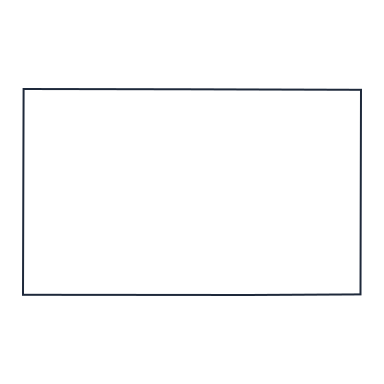 outline of Kingsbury, South Dakota, United States of America
{"feature_id": "52423323B28637641674469", "entity_name": "Kingsbury", "entity_type": "district", "adm_level": 2, "iso_a3": "USA", "parent_name": "United States of America", "parent_adm1": "South Dakota", "projection": "natural_earth1", "projection_center": [-97.566, 44.37], "detail": "fine", "context": "isolated", "style": "outline", "palette": "slate", "viewbox_px": 384, "rotation_deg": 0, "n_neighbors": 0, "source": "geoboundaries", "source_scale": "gbopen_adm2", "svg_char_len": 216}
<svg xmlns="http://www.w3.org/2000/svg" viewBox="0 0 384 384"><path d="M23.0,294.8L25.0,294.8L248.5,295.0L360.5,294.4L361.0,89.8L191.5,89.3L23.6,89.0L23.0,294.8Z" fill="none" stroke="#1e293b" stroke-width="2"/></svg>